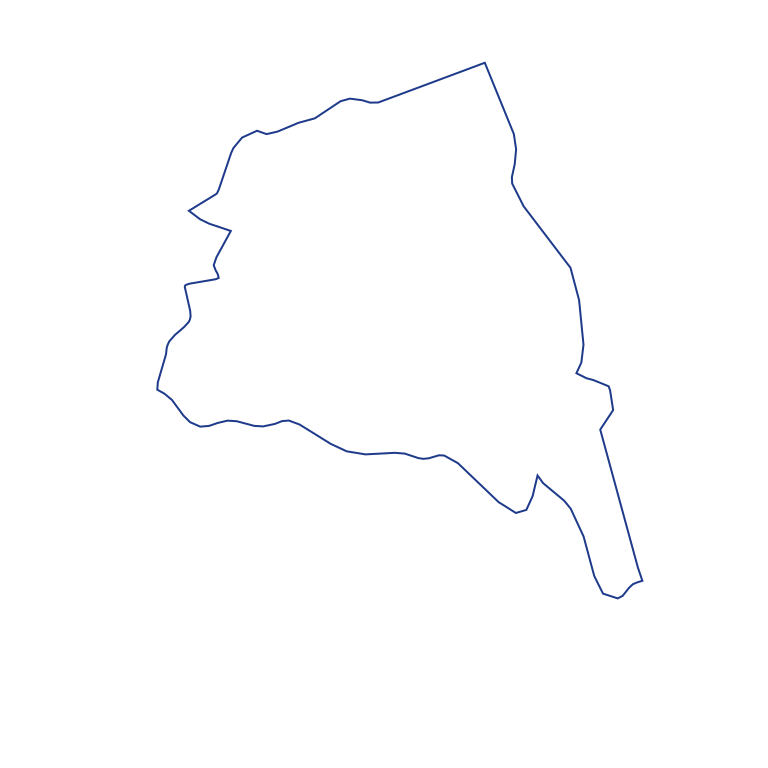 the border of Bântéay Méanchey, rotated 250°
{"feature_id": "KHM-1777", "entity_name": "Bântéay Méanchey", "entity_type": "Province", "adm_level": 1, "iso_a3": "KHM", "parent_name": "Cambodia", "parent_adm1": "", "projection": "mercator", "projection_center": [102.955, 13.824], "detail": "fine", "context": "isolated", "style": "outline", "palette": "blue", "viewbox_px": 768, "rotation_deg": 250, "n_neighbors": 0, "source": "natural_earth", "source_scale": "10m", "svg_char_len": 1474}
<svg xmlns="http://www.w3.org/2000/svg" viewBox="0 0 768 768"><g transform="rotate(250 384 384)"><path d="M172.4,519.4L203.0,516.8L212.7,513.4L236.4,499.6L245.5,497.0L227.8,485.3L217.0,474.7L217.7,463.8L233.8,451.3L284.3,426.4L296.2,416.1L298.2,411.3L298.9,400.6L300.2,395.4L302.6,391.0L311.5,379.7L315.6,370.7L324.2,342.5L333.5,325.9L345.9,313.5L374.8,290.8L382.2,282.1L384.0,275.5L383.8,267.8L385.5,255.9L389.0,247.8L399.5,232.7L403.1,224.4L404.3,214.2L404.4,207.4L404.5,205.1L406.8,196.7L414.5,188.7L423.0,184.7L441.5,179.3L450.1,174.3L456.2,169.0L463.0,172.1L486.6,189.4L492.3,192.2L494.9,194.2L497.5,196.8L501.6,204.3L505.9,215.6L509.1,221.8L510.8,223.5L513.7,225.4L519.1,226.9L543.4,230.0L544.7,231.0L544.9,233.7L544.7,236.0L540.0,261.8L540.2,264.9L542.9,265.3L545.6,265.2L548.0,264.7L552.5,264.6L554.0,264.7L560.4,269.9L580.2,292.4L594.4,274.6L601.6,267.6L613.5,259.9L619.8,290.8L620.3,292.3L623.4,295.4L653.5,319.5L657.3,323.3L664.1,334.9L665.4,351.3L659.0,359.1L657.6,370.3L658.7,392.9L657.3,409.9L664.6,440.0L663.8,449.6L658.1,460.6L653.2,467.1L650.5,474.8L651.4,588.6L574.4,591.5L559.3,588.4L545.8,582.0L534.6,574.9L528.5,573.0L503.2,576.0L436.7,596.7L429.5,599.0L396.0,596.0L352.7,584.9L336.7,576.8L328.3,568.5L320.2,576.2L316.0,582.2L305.0,594.3L300.8,594.3L281.1,590.4L267.2,571.6L124.6,559.8L110.7,559.5L111.0,553.4L110.7,549.3L108.7,544.6L103.3,535.8L102.6,530.3L112.1,518.1L131.7,515.9L172.4,519.4Z" fill="none" stroke="#1e3a8a" stroke-width="2"/></g></svg>